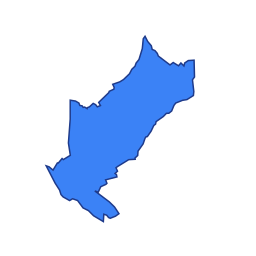 the district of Cork City South Central Lea-6, Cork, Ireland, rotated 233°
{"feature_id": "5873133B95001946419270", "entity_name": "Cork City South Central Lea-6", "entity_type": "district", "adm_level": 2, "iso_a3": "IRL", "parent_name": "Ireland", "parent_adm1": "Cork", "projection": "mercator", "projection_center": [-8.467, 51.868], "detail": "fine", "context": "isolated", "style": "filled", "palette": "blue", "viewbox_px": 256, "rotation_deg": 233, "n_neighbors": 0, "source": "geoboundaries", "source_scale": "gbopen_adm2", "svg_char_len": 1438}
<svg xmlns="http://www.w3.org/2000/svg" viewBox="0 0 256 256"><g transform="rotate(233 128 128)"><path d="M191.0,196.8L190.1,193.9L182.8,187.2L176.1,178.0L175.0,173.6L173.1,170.7L172.6,166.4L170.4,161.8L169.4,153.6L169.8,149.2L172.1,142.1L168.8,141.4L167.5,140.1L168.6,135.1L167.8,133.9L166.1,120.0L162.5,119.5L163.4,116.2L166.1,116.2L168.6,115.0L168.1,110.0L168.7,107.8L168.1,107.0L170.8,106.0L171.4,104.6L173.3,104.7L175.0,103.1L177.5,103.8L181.1,102.3L185.0,98.6L169.9,87.2L151.9,71.4L140.9,65.5L141.7,57.3L143.3,57.0L142.0,51.3L142.6,50.6L139.5,42.8L144.5,41.6L147.0,39.9L127.7,36.6L119.6,36.0L115.1,34.4L112.0,34.7L105.2,37.7L104.8,41.2L100.4,44.1L91.2,44.0L85.8,46.7L78.6,47.7L68.1,52.0L73.7,56.8L71.2,58.5L68.2,58.6L66.6,59.5L65.1,64.9L65.0,69.2L73.0,69.7L80.3,68.6L97.7,63.6L94.7,65.7L97.5,70.9L96.3,76.5L96.5,77.9L100.1,78.9L95.6,89.7L97.6,90.7L99.5,90.3L99.8,93.6L103.5,94.5L103.5,96.6L102.3,109.5L98.7,114.9L99.8,115.5L100.2,119.2L103.5,122.1L106.2,130.5L109.6,135.5L110.1,137.2L109.5,138.3L111.6,144.6L114.5,150.1L114.5,152.3L116.2,154.3L115.9,163.1L116.6,167.5L115.2,169.5L115.3,173.1L118.4,178.3L119.2,181.2L117.3,188.2L115.2,192.2L114.6,199.8L117.5,202.5L127.7,208.5L128.7,211.8L142.4,221.6L145.6,216.7L145.8,212.4L143.9,210.0L148.1,209.4L147.3,205.8L153.1,203.5L153.1,199.5L167.2,195.5L170.0,196.3L173.6,196.1L176.2,194.6L179.6,196.1L185.3,195.8L191.0,196.8Z" fill="#3b82f6" stroke="#1e3a8a" stroke-width="1.5"/></g></svg>